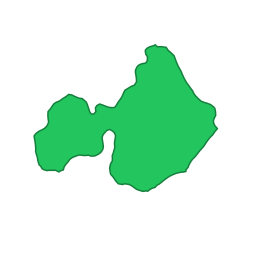 Salyan District, Salyan, Azerbaijan (Equal Earth projection), rotated 40°
{"feature_id": "54616110B55207089168458", "entity_name": "Salyan District", "entity_type": "district", "adm_level": 2, "iso_a3": "AZE", "parent_name": "Azerbaijan", "parent_adm1": "Salyan", "projection": "equal_earth", "projection_center": [49.031, 39.666], "detail": "fine", "context": "isolated", "style": "filled", "palette": "green", "viewbox_px": 256, "rotation_deg": 40, "n_neighbors": 0, "source": "geoboundaries", "source_scale": "gbopen_adm2", "svg_char_len": 2642}
<svg xmlns="http://www.w3.org/2000/svg" viewBox="0 0 256 256"><g transform="rotate(40 128 128)"><path d="M196.9,71.1L196.0,70.8L193.4,70.5L190.6,69.3L188.6,67.3L187.7,64.7L187.1,62.0L184.4,59.1L181.8,57.1L179.5,56.8L176.1,57.0L173.2,58.0L170.5,59.2L167.0,60.4L163.8,60.4L159.5,60.0L156.9,59.5L153.3,57.9L150.9,57.4L146.7,56.3L143.7,55.6L138.9,53.8L134.7,51.8L131.9,50.3L127.2,48.6L122.7,46.4L119.4,44.5L116.8,43.0L112.5,42.7L108.8,42.7L105.4,41.7L105.0,41.9L102.7,43.4L101.6,44.0L100.0,45.3L98.2,47.0L95.4,46.7L94.7,48.5L93.5,50.2L92.6,51.7L91.4,54.3L91.2,57.0L92.0,58.2L94.3,60.1L96.8,60.8L98.4,62.4L99.7,64.7L99.8,66.9L98.5,68.4L96.8,70.7L95.7,73.4L95.7,75.6L96.4,78.5L97.6,80.3L99.5,81.9L102.2,84.3L104.9,87.2L105.3,91.2L103.8,93.9L102.4,97.9L101.4,101.1L101.9,103.5L103.3,108.0L103.6,110.9L103.9,114.8L104.5,118.7L104.5,120.7L103.9,121.6L101.9,123.3L98.9,125.0L94.6,126.4L90.8,127.9L89.7,131.0L90.1,133.5L92.9,136.2L92.7,139.4L90.8,140.8L88.6,140.4L85.7,138.6L82.3,136.5L79.5,135.0L76.4,134.9L73.9,134.9L71.5,136.6L67.4,137.9L66.7,138.1L63.6,138.8L61.9,139.9L61.0,140.4L60.3,143.9L59.2,147.1L58.2,151.3L56.5,154.4L55.7,157.0L55.8,159.1L56.2,162.4L56.2,166.8L58.3,169.6L60.8,172.2L63.4,174.5L64.6,178.2L64.3,182.1L63.3,184.6L61.8,187.9L61.1,191.2L61.1,193.9L61.1,194.2L61.4,194.7L62.4,195.6L65.0,197.7L67.5,200.0L68.7,201.2L70.4,202.9L72.1,205.1L74.6,207.0L77.1,208.5L79.6,210.7L83.4,213.3L85.7,213.4L88.4,214.4L90.1,214.1L93.3,212.7L94.9,211.0L96.8,209.4L99.8,206.9L103.3,206.1L103.9,204.0L105.4,201.7L104.1,198.8L103.8,196.0L103.8,192.3L103.6,189.2L104.5,186.0L106.6,182.2L108.4,179.6L110.2,178.6L112.7,176.8L115.3,174.2L117.6,173.4L120.5,170.8L122.0,167.6L122.8,164.6L122.8,162.5L122.4,160.5L121.1,158.1L118.4,155.6L116.4,153.9L114.1,151.7L113.2,148.9L113.3,144.6L113.3,143.5L114.9,140.9L117.9,140.3L120.6,140.4L123.2,141.7L124.8,144.0L126.1,146.4L127.3,148.2L130.6,151.7L131.5,154.0L132.8,156.7L133.6,159.2L135.3,161.0L137.2,163.4L137.5,166.1L138.5,168.4L139.9,170.7L141.5,172.1L143.2,173.7L144.5,174.6L148.0,175.1L150.2,175.7L152.8,176.5L156.6,176.9L158.7,175.6L160.3,174.7L161.0,173.2L163.3,171.6L165.5,170.4L168.6,169.8L172.9,169.6L175.2,169.1L179.0,167.5L180.7,166.5L182.1,164.6L183.7,163.8L183.9,163.0L184.2,161.4L185.2,158.7L186.9,156.1L187.0,153.1L188.0,150.7L188.9,146.0L189.6,142.7L190.7,138.6L192.3,135.0L193.0,133.7L194.0,131.8L195.4,129.9L196.1,128.9L197.7,127.1L198.9,126.0L199.7,124.8L200.3,124.2L199.3,122.8L199.3,119.6L198.4,117.0L197.8,113.8L197.5,110.4L197.9,106.7L197.6,99.0L197.8,93.5L197.1,87.4L196.9,83.0L197.3,78.9L196.9,75.4L196.9,71.9L196.9,71.1Z" fill="#22c55e" stroke="#15803d" stroke-width="1.5"/></g></svg>